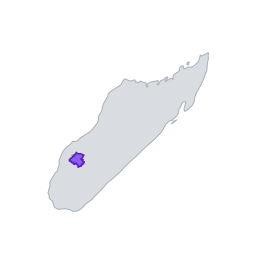 location of Ankazoabo, Atsimo-Andrefana, Madagascar, rotated 32°
{"feature_id": "10022922B67140219559440", "entity_name": "Ankazoabo", "entity_type": "district", "adm_level": 2, "iso_a3": "MDG", "parent_name": "Madagascar", "parent_adm1": "Atsimo-Andrefana", "projection": "equal_earth", "projection_center": [44.688, -22.132], "detail": "fine", "context": "in_parent", "style": "filled", "palette": "violet", "viewbox_px": 256, "rotation_deg": 32, "n_neighbors": 0, "source": "geoboundaries", "source_scale": "gbopen_adm2", "svg_char_len": 6109}
<svg xmlns="http://www.w3.org/2000/svg" viewBox="0 0 256 256"><g transform="rotate(32 128 128)"><path d="M159.8,27.5L160.3,29.1L160.9,30.7L162.9,34.6L163.7,36.1L164.5,37.7L164.8,40.9L166.0,45.8L167.1,53.2L167.4,60.8L167.8,64.2L168.7,67.5L170.2,70.9L170.6,74.6L169.6,78.5L168.3,82.2L167.9,82.8L167.3,83.8L167.0,83.7L165.9,82.8L165.1,81.3L164.0,77.6L163.6,75.8L163.2,75.5L161.9,75.7L160.9,76.8L160.7,77.5L160.9,79.6L161.3,81.4L161.4,83.3L161.4,85.6L161.7,86.3L162.3,86.9L162.8,88.5L162.8,92.1L162.5,94.0L161.6,95.6L161.6,96.5L161.9,97.4L161.6,97.9L160.4,98.6L159.9,99.2L159.2,100.8L158.1,104.1L158.0,105.8L158.6,110.9L158.4,114.5L156.9,121.4L156.1,124.7L155.0,128.6L153.3,133.8L151.6,140.2L150.1,146.9L149.0,150.9L147.8,154.8L146.1,161.7L144.7,168.8L142.6,176.5L139.7,185.1L139.4,186.2L138.8,190.6L138.1,194.4L137.3,198.1L135.7,204.3L135.5,206.2L135.2,208.0L133.6,211.9L133.0,213.4L132.5,214.9L132.2,216.8L131.8,218.7L130.7,222.1L129.0,225.1L127.9,226.2L125.5,227.7L124.2,228.0L121.5,228.1L118.9,229.0L116.2,230.7L113.5,232.6L112.5,233.6L111.4,234.1L108.0,234.2L106.9,233.8L103.4,230.6L102.1,230.0L99.5,229.6L98.8,229.3L98.1,228.9L97.0,227.2L95.0,225.8L94.5,225.4L94.2,224.4L94.0,223.3L93.4,222.1L93.0,219.9L92.4,218.3L90.5,215.5L90.3,214.6L90.1,211.7L90.2,209.7L90.0,206.0L90.2,204.3L90.8,202.7L90.6,201.0L89.9,199.2L89.6,197.4L89.1,195.7L87.1,192.7L86.6,191.2L86.3,189.7L85.5,184.9L85.4,183.2L85.5,179.7L85.8,177.9L86.2,176.6L86.4,175.7L86.7,174.8L87.1,174.2L87.5,173.4L88.2,168.9L89.1,167.9L90.5,167.3L91.7,166.1L92.3,164.5L92.9,161.2L94.7,157.9L95.3,156.2L96.8,153.6L98.0,149.9L98.4,148.2L98.7,146.4L99.0,142.5L99.3,140.6L99.2,138.6L98.5,136.7L96.7,133.1L96.7,132.4L96.8,129.7L96.7,127.8L96.0,125.9L95.2,124.1L94.4,120.7L94.0,115.1L94.1,113.0L93.8,111.2L93.2,109.5L93.7,106.5L98.9,95.6L99.0,94.3L98.8,90.9L98.9,89.0L99.1,88.3L99.5,87.9L100.4,87.7L104.6,87.2L105.2,86.8L106.2,85.9L107.7,84.1L108.3,83.6L108.9,83.8L109.3,84.6L109.7,85.0L111.4,84.2L112.1,84.2L112.8,84.3L113.1,83.6L113.3,82.6L113.5,81.9L114.0,81.5L116.2,81.2L117.6,80.9L119.4,80.3L119.8,80.4L121.2,82.9L121.7,83.1L122.2,83.2L122.7,82.8L121.6,81.4L121.4,80.7L121.4,79.9L122.1,78.1L123.2,76.7L125.5,74.6L128.0,72.2L128.7,72.0L129.3,72.4L129.8,75.2L129.7,75.7L130.1,75.8L130.6,75.4L131.0,74.3L131.0,73.3L130.7,72.4L130.5,71.6L130.5,70.9L131.7,69.2L132.7,67.6L133.2,65.7L133.6,64.8L134.6,63.8L134.9,63.9L135.2,64.7L135.3,65.6L135.0,66.5L134.6,67.3L134.5,68.4L135.1,68.6L135.6,68.4L136.4,66.3L137.4,64.4L137.9,63.4L138.6,62.7L139.7,62.8L140.9,63.3L139.1,61.2L138.6,58.4L140.8,53.6L140.8,52.6L141.1,52.3L141.3,51.9L140.2,50.3L140.0,49.5L140.1,48.2L140.7,47.1L141.2,46.4L141.8,46.1L142.4,46.5L143.6,47.9L144.4,48.1L145.4,46.8L146.2,45.2L147.4,44.1L148.8,43.4L150.9,40.8L152.3,35.5L152.4,34.0L152.1,32.1L151.6,30.3L150.8,28.1L151.0,27.6L152.2,27.9L152.6,27.6L153.8,25.6L155.9,21.8L156.5,21.8L157.1,22.5L157.3,23.6L157.7,24.3L159.1,26.1L159.8,27.5ZM145.5,42.4L145.5,43.0L143.9,42.7L143.7,40.7L144.4,40.7L144.6,39.8L145.1,39.7L145.6,41.5L145.5,42.4ZM163.9,98.7L162.6,101.7L163.0,99.2L164.5,95.7L165.0,95.5L163.9,98.7Z" fill="#d9dde1" stroke="#a8b0b8" stroke-width="1"/><path d="M108.7,179.9L108.4,179.9L108.2,180.0L108.2,180.3L108.1,180.5L107.9,180.5L107.7,180.5L107.5,180.4L107.5,180.2L107.4,180.1L107.2,179.8L106.9,179.7L106.6,179.5L106.7,179.3L106.7,179.1L106.7,178.9L106.1,179.2L106.1,179.3L105.9,179.5L105.6,179.7L105.2,179.6L105.0,179.4L104.9,179.5L104.7,179.6L104.5,179.4L104.7,179.2L104.8,179.1L104.8,178.9L104.8,178.7L104.9,178.4L105.0,178.3L105.0,178.1L105.0,177.9L105.2,177.7L105.1,177.4L105.2,177.2L105.1,176.9L105.2,176.7L105.1,176.3L105.1,176.2L105.0,175.9L105.0,175.7L104.9,175.5L104.8,175.4L104.9,175.2L104.9,174.9L105.0,174.8L105.0,174.6L104.9,174.5L104.9,174.4L104.7,174.4L104.5,174.5L104.3,174.6L104.2,174.7L103.8,174.7L103.7,174.8L103.6,174.7L103.5,174.8L103.4,174.9L103.1,174.8L103.0,174.7L102.7,174.9L102.2,174.9L102.1,175.0L101.6,174.9L101.2,175.0L100.9,175.3L100.8,175.5L100.6,175.8L100.3,175.7L100.1,175.7L100.0,175.8L99.5,176.1L99.3,176.2L99.2,176.2L99.0,176.4L98.9,176.4L98.6,176.5L98.4,176.5L98.3,176.4L98.2,176.4L97.8,176.7L97.7,176.7L97.6,176.4L97.4,176.1L97.2,176.1L97.2,176.3L97.1,176.6L97.1,176.8L97.1,177.0L97.1,177.4L97.1,177.5L97.3,177.7L97.3,177.9L97.5,178.0L97.5,178.4L97.4,178.5L97.2,178.7L97.1,178.8L96.8,178.8L96.7,178.9L96.7,179.0L96.9,179.2L96.8,179.4L96.8,179.5L96.9,179.8L96.8,180.0L96.7,180.2L96.8,180.3L96.7,180.3L96.8,180.4L96.7,180.7L96.7,180.9L96.4,181.1L96.5,181.1L96.5,181.4L96.5,181.5L96.4,181.5L96.3,181.8L96.3,182.3L96.3,182.5L96.2,182.7L96.1,182.9L96.1,183.1L96.0,183.3L95.9,183.7L95.8,183.8L95.7,184.0L95.4,184.0L95.3,184.4L95.4,184.5L95.4,184.8L95.5,185.0L95.2,185.4L95.2,185.5L95.1,185.9L95.2,186.0L95.3,186.1L95.6,186.4L95.6,186.7L95.6,186.8L95.8,187.0L96.1,187.0L96.3,186.9L96.5,186.5L96.7,186.4L96.8,186.3L97.0,186.4L97.4,186.4L97.5,186.4L97.6,186.5L97.7,186.8L97.8,187.0L98.0,187.2L98.3,187.2L98.6,187.1L98.8,187.0L99.0,186.9L99.3,186.7L99.3,186.4L99.5,186.3L99.8,186.5L100.0,186.7L100.0,186.8L100.2,187.0L100.3,187.0L100.5,187.2L100.8,187.0L100.8,186.9L101.0,186.8L101.0,186.7L101.3,186.4L101.4,186.5L101.6,187.2L101.6,187.3L101.9,187.2L101.9,186.7L102.0,186.7L102.2,186.4L102.3,186.3L102.3,186.2L102.4,185.8L102.5,185.8L102.5,185.6L102.6,185.4L102.7,185.5L102.8,185.5L103.0,185.6L103.2,185.8L103.4,186.0L103.6,186.1L103.8,185.9L103.9,186.0L104.0,186.0L104.4,186.1L104.5,186.1L104.7,185.9L104.8,185.8L105.0,185.8L105.2,186.0L105.4,186.0L105.9,186.4L106.0,186.5L106.2,186.9L106.2,187.0L106.1,187.3L106.3,187.3L106.5,187.6L106.7,187.4L106.7,187.0L106.8,186.9L107.0,186.6L107.3,186.4L107.5,186.3L107.5,186.2L107.6,185.8L107.6,185.7L107.8,185.5L107.9,185.4L107.9,185.2L107.9,184.9L108.0,184.9L107.9,184.8L108.0,184.7L108.3,184.5L108.4,184.4L108.4,184.2L108.2,183.7L108.3,183.7L108.3,183.3L108.3,183.2L108.4,182.9L108.5,183.0L108.5,182.9L108.4,182.8L108.5,182.7L108.8,182.6L108.9,182.4L109.0,182.3L109.0,182.0L109.0,181.9L108.8,181.7L109.1,181.4L109.2,181.1L109.0,180.9L108.9,180.7L108.9,180.3L108.9,180.2L108.7,180.0L108.7,179.9Z" fill="#8b5cf6" stroke="#5b21b6" stroke-width="1.5"/></g></svg>